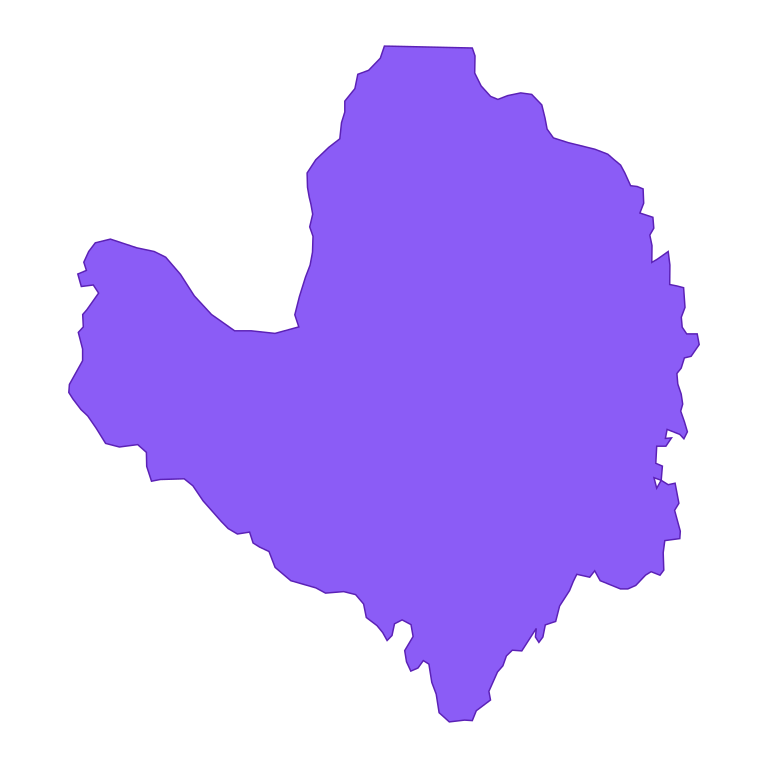 outline of Aparecida do Rio Doce, Goiás, Brazil
{"feature_id": "56859067B6443042968198", "entity_name": "Aparecida do Rio Doce", "entity_type": "district", "adm_level": 2, "iso_a3": "BRA", "parent_name": "Brazil", "parent_adm1": "Goiás", "projection": "equal_earth", "projection_center": [-51.254, -18.22], "detail": "fine", "context": "isolated", "style": "filled", "palette": "violet", "viewbox_px": 768, "rotation_deg": 0, "n_neighbors": 0, "source": "geoboundaries", "source_scale": "gbopen_adm2", "svg_char_len": 2522}
<svg xmlns="http://www.w3.org/2000/svg" viewBox="0 0 768 768"><path d="M620.6,165.1L614.1,159.7L607.8,154.2L594.8,149.2L568.1,142.6L553.4,137.9L547.1,129.1L545.0,118.0L541.8,104.9L531.7,94.4L520.7,92.9L507.7,95.6L497.9,99.4L490.6,96.4L481.1,85.9L474.7,73.0L475.0,55.9L472.3,48.0L391.0,46.2L384.4,46.1L380.3,58.2L368.6,70.3L357.8,74.3L354.9,88.6L344.8,101.1L344.8,112.0L341.5,122.7L339.8,138.8L328.8,147.3L315.8,159.7L307.1,173.0L307.5,187.3L309.2,197.1L310.9,204.1L312.7,214.2L309.7,226.9L313.0,236.3L312.5,252.2L310.1,265.1L305.5,277.1L299.4,296.6L294.8,314.8L298.8,326.9L275.0,333.4L251.1,330.8L234.6,330.8L211.5,314.5L194.3,295.9L180.5,274.4L165.7,257.2L154.2,251.5L136.7,247.8L110.4,239.1L95.3,242.8L88.7,251.5L83.8,262.2L86.4,270.4L77.8,274.0L81.3,286.5L93.3,285.0L98.6,293.1L86.8,309.8L82.7,314.5L83.3,326.9L78.3,332.4L82.6,349.0L82.6,360.7L69.4,384.4L68.8,392.5L73.0,399.1L81.0,409.6L87.7,415.9L96.3,428.4L105.6,443.4L119.4,447.0L137.7,444.6L146.4,452.4L146.7,466.4L151.5,481.2L160.2,479.5L184.2,478.8L192.9,485.8L203.1,500.9L221.3,521.5L228.2,528.6L237.4,534.0L249.6,532.1L253.1,543.0L259.8,547.2L269.0,551.5L275.1,567.4L290.8,580.7L315.9,587.9L325.5,593.1L343.7,591.6L355.6,594.6L363.6,604.0L366.3,617.5L377.0,625.6L382.7,632.6L387.1,640.5L392.0,635.5L394.5,623.8L402.1,619.9L411.0,624.6L413.1,636.5L404.7,650.6L406.5,661.8L410.8,671.1L418.0,668.0L423.3,660.6L428.9,664.1L431.8,682.4L436.2,694.1L439.1,712.7L449.3,721.9L464.6,720.1L472.3,720.6L476.3,710.7L490.5,700.0L488.9,691.3L497.5,672.0L502.9,665.8L506.4,655.9L512.3,650.2L521.8,650.9L536.3,628.4L535.4,637.0L538.9,642.4L542.9,637.0L545.3,624.9L555.7,621.4L559.6,606.0L569.5,590.7L573.3,581.4L576.8,574.3L589.7,577.2L594.7,570.8L600.2,580.7L620.4,588.9L627.9,588.9L635.8,585.4L645.6,575.1L651.1,571.7L660.0,575.2L663.8,570.1L663.2,552.7L664.8,540.6L679.8,538.6L680.3,531.2L674.6,510.3L678.9,503.3L675.1,483.2L668.2,484.7L661.2,480.3L662.4,466.1L655.8,463.3L656.7,446.2L665.9,446.2L671.5,437.9L665.4,438.4L667.1,429.4L679.8,434.4L683.9,438.8L687.4,431.8L684.4,421.7L680.7,411.1L682.7,404.1L681.2,394.1L677.8,384.0L676.9,373.5L681.2,368.1L684.4,357.9L691.1,356.3L699.2,344.6L697.2,333.9L686.7,333.9L682.2,327.2L681.3,317.2L685.0,307.4L683.6,287.7L677.1,286.0L669.7,284.5L669.9,265.0L668.2,251.5L657.3,259.2L651.8,262.4L652.0,245.6L649.8,235.1L653.8,228.2L652.9,217.3L639.9,213.0L643.7,203.2L643.1,188.9L637.2,186.5L630.6,185.7L624.8,172.9L620.6,165.1ZM661.2,480.3L656.7,488.2L654.0,477.7L661.2,480.3Z" fill="#8b5cf6" stroke="#5b21b6" stroke-width="1.5"/></svg>